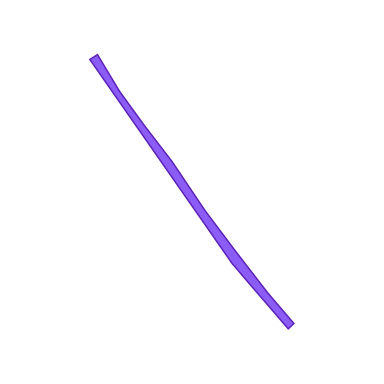 the district of North Coast, Matruh, Egypt, rotated 74°
{"feature_id": "37247803B36627997079635", "entity_name": "North Coast", "entity_type": "district", "adm_level": 2, "iso_a3": "EGY", "parent_name": "Egypt", "parent_adm1": "Matruh", "projection": "albers", "projection_center": [29.295, 30.862], "detail": "fine", "context": "isolated", "style": "filled", "palette": "violet", "viewbox_px": 384, "rotation_deg": 74, "n_neighbors": 0, "source": "geoboundaries", "source_scale": "gbopen_adm2", "svg_char_len": 335}
<svg xmlns="http://www.w3.org/2000/svg" viewBox="0 0 384 384"><g transform="rotate(74 192 192)"><path d="M350.1,137.2L346.5,130.3L309.6,147.1L260.8,166.5L214.0,184.4L157.2,202.8L114.4,219.7L75.2,233.9L33.9,245.0L36.4,253.7L272.8,172.8L274.5,171.8L286.3,166.6L350.1,137.2Z" fill="#8b5cf6" stroke="#5b21b6" stroke-width="1.5"/></g></svg>